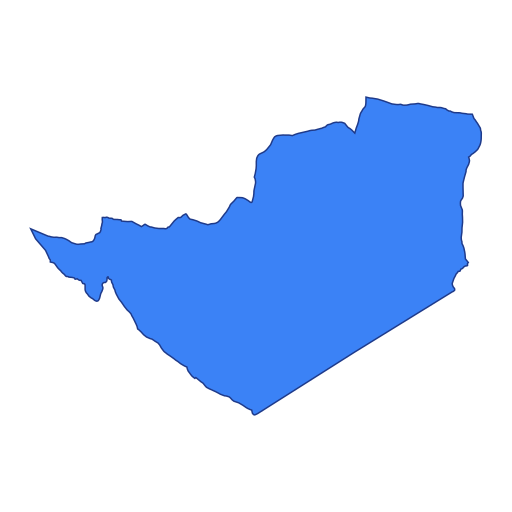 Cuìtiva, Boyacá, Colombia (Natural Earth projection)
{"feature_id": "7082276B99852494117570", "entity_name": "Cuìtiva", "entity_type": "district", "adm_level": 2, "iso_a3": "COL", "parent_name": "Colombia", "parent_adm1": "Boyacá", "projection": "natural_earth1", "projection_center": [-72.954, 5.587], "detail": "fine", "context": "isolated", "style": "filled", "palette": "blue", "viewbox_px": 512, "rotation_deg": 0, "n_neighbors": 0, "source": "geoboundaries", "source_scale": "gbopen_adm2", "svg_char_len": 6043}
<svg xmlns="http://www.w3.org/2000/svg" viewBox="0 0 512 512"><path d="M480.3,128.1L479.8,127.2L479.3,126.4L477.4,123.2L476.5,122.0L475.0,119.7L474.0,118.6L472.3,114.2L467.7,114.1L465.9,113.7L462.1,113.3L459.9,112.8L456.1,112.7L454.0,112.6L451.6,111.8L450.4,111.1L448.9,111.0L447.4,110.2L446.7,109.7L445.7,108.8L445.3,108.7L444.1,108.5L441.2,107.6L440.0,107.5L437.4,107.5L435.6,107.1L432.8,106.8L428.1,105.5L423.7,104.5L419.9,103.8L418.9,103.5L417.5,103.5L415.2,103.9L410.5,104.2L408.6,104.7L406.8,105.1L404.0,105.2L403.0,105.1L401.8,104.7L401.0,104.4L400.4,104.3L398.1,104.6L396.2,104.5L391.8,103.9L388.0,102.5L383.8,101.0L377.7,99.1L372.3,98.2L369.8,98.0L366.0,97.1L365.9,103.1L365.6,105.3L365.2,106.6L363.0,109.1L361.8,111.2L360.8,112.8L360.3,113.9L358.9,118.9L358.6,121.1L357.7,124.2L356.2,128.2L354.8,133.1L351.6,129.9L349.7,128.4L348.6,127.8L347.7,127.1L344.7,123.3L342.2,122.4L341.2,122.2L339.6,122.2L338.2,122.5L336.4,122.2L334.6,122.5L333.1,122.9L330.2,124.2L327.9,124.7L327.2,125.1L326.6,125.6L326.1,126.1L325.6,126.8L323.7,127.4L321.4,128.4L320.4,128.5L319.6,128.8L317.6,129.3L314.9,130.1L311.6,130.3L309.9,130.6L307.9,131.2L298.3,133.4L295.2,134.4L292.4,135.6L289.1,135.1L285.0,135.1L283.2,135.0L277.6,135.5L276.2,135.9L274.6,136.9L273.7,138.2L272.6,140.1L270.9,144.1L270.5,144.9L266.7,149.6L264.4,151.6L263.2,152.3L259.8,153.9L258.8,154.6L258.2,155.3L257.7,156.0L256.7,158.2L256.5,159.8L256.3,161.4L256.3,165.9L256.1,168.7L255.2,173.8L254.3,177.1L255.1,178.8L255.5,181.1L255.6,182.2L255.5,183.4L254.6,187.6L254.0,190.5L253.9,191.8L253.9,193.3L253.5,196.6L252.2,201.6L252.0,202.0L251.5,202.4L251.0,202.5L250.0,202.0L248.3,200.7L245.4,198.9L244.3,198.4L243.3,198.0L242.2,197.7L241.1,197.6L237.5,197.5L236.9,197.6L235.9,198.7L233.9,201.1L231.0,203.9L230.2,205.0L229.4,206.9L226.4,211.8L224.4,214.2L220.2,219.8L218.7,221.4L218.1,221.9L217.4,222.4L215.7,223.2L214.2,223.5L211.0,223.8L208.8,224.5L207.8,224.7L207.3,224.6L206.2,224.2L200.5,222.7L197.6,221.3L196.3,220.8L192.8,219.7L190.8,219.3L189.8,219.0L188.3,217.3L186.4,214.2L186.0,214.0L185.7,213.9L183.0,215.3L181.1,217.1L180.7,217.4L179.9,217.6L178.2,217.5L175.8,219.5L174.2,221.0L169.4,226.9L168.1,227.1L167.8,227.3L167.3,228.0L166.8,228.4L166.2,228.6L165.3,228.8L164.7,228.7L164.1,228.5L158.9,228.5L154.8,228.0L151.3,227.0L151.0,227.1L149.5,226.7L147.5,225.7L145.2,224.3L144.9,224.3L144.1,224.7L143.5,225.3L141.4,226.6L139.0,225.2L136.1,223.8L132.0,221.5L131.4,221.4L127.8,221.6L121.5,221.1L121.3,220.5L121.2,220.1L120.9,219.8L119.0,219.7L117.5,219.5L113.6,219.4L112.0,218.3L109.1,218.2L107.7,217.4L106.3,217.2L105.1,217.6L103.5,217.4L102.3,217.5L102.2,219.5L102.4,221.3L102.4,222.4L102.0,223.7L101.7,225.5L100.9,228.5L101.1,228.9L101.1,229.2L100.5,231.3L99.7,232.7L98.1,233.4L97.4,233.9L96.4,234.2L96.0,234.5L95.6,235.0L95.2,235.9L95.0,237.0L94.6,238.5L94.0,239.8L93.1,241.0L92.7,241.4L91.6,241.9L91.0,241.9L88.9,242.4L85.8,243.0L84.5,243.8L80.6,244.0L78.6,244.3L77.6,244.3L76.5,244.2L71.7,242.7L70.6,242.0L69.0,240.8L66.3,239.3L64.5,238.5L61.6,237.6L59.1,237.6L56.7,237.2L53.9,237.3L50.8,236.8L49.8,236.4L48.2,236.2L30.7,228.8L35.6,238.8L45.5,250.3L48.2,256.0L49.2,258.5L50.3,259.9L50.3,262.0L53.0,262.6L54.4,263.3L55.3,264.4L57.7,267.8L59.8,270.0L60.6,270.5L61.2,271.5L62.6,273.0L64.0,274.1L65.0,275.2L65.6,276.0L66.6,276.5L67.3,276.5L68.4,276.7L68.8,277.1L72.0,277.4L73.5,277.7L74.5,278.1L75.1,279.2L76.0,279.1L77.1,278.7L78.7,279.9L79.7,280.3L80.5,280.3L81.1,280.4L82.7,283.4L83.3,283.7L84.0,283.6L84.6,283.9L85.1,285.0L85.1,289.4L85.3,290.6L85.7,291.7L86.5,293.0L87.2,293.7L89.0,296.2L91.3,298.0L92.4,298.5L94.6,300.3L95.5,300.8L96.7,301.2L97.6,301.0L98.3,300.6L98.9,299.7L99.6,298.2L100.7,293.8L100.9,293.3L101.8,291.6L102.8,288.9L102.9,287.7L102.7,286.9L102.2,285.6L102.2,285.1L102.2,284.4L102.5,283.7L103.0,283.1L103.6,282.7L104.0,282.5L105.3,282.5L105.7,282.2L106.5,281.5L106.9,280.4L107.1,277.6L107.3,277.3L107.7,276.9L108.1,276.9L108.2,277.2L108.5,278.2L109.0,278.8L109.4,279.1L110.7,279.6L111.4,280.1L111.6,282.0L111.9,282.7L112.5,283.8L112.9,284.6L113.4,287.1L114.9,290.0L115.3,291.7L116.3,294.1L118.9,299.0L121.4,302.1L124.4,306.5L127.1,309.9L129.2,311.8L130.9,313.7L131.9,315.9L133.2,318.1L136.1,324.1L137.0,326.2L137.4,327.8L137.6,328.8L137.8,329.1L138.1,329.3L138.4,329.4L141.0,331.8L143.6,334.7L146.5,337.0L150.4,338.7L151.4,338.9L152.1,339.2L153.8,340.3L154.7,341.0L158.0,343.0L159.7,345.0L161.3,347.9L163.7,351.1L164.6,352.0L165.1,352.3L167.3,354.1L169.9,355.8L174.1,358.8L175.8,360.2L178.0,361.6L180.5,363.6L183.5,365.4L185.2,366.3L186.9,367.0L187.3,368.9L188.2,371.1L191.4,375.4L191.9,376.0L193.5,377.4L194.9,378.4L195.7,377.6L196.2,377.8L201.0,381.8L202.7,382.9L203.4,383.6L205.2,385.9L206.5,387.3L209.1,388.7L215.7,391.7L218.6,393.2L220.3,394.2L224.5,395.8L225.6,395.9L226.7,396.1L229.2,396.9L230.2,397.7L232.1,399.8L233.9,401.2L238.7,402.8L242.8,405.2L246.1,407.5L247.6,408.4L250.0,409.5L251.7,410.1L252.4,413.2L253.1,414.1L253.8,414.7L254.5,414.9L255.3,414.7L257.6,413.6L354.6,352.1L452.3,291.8L453.3,291.4L454.6,290.3L454.7,289.3L454.5,288.5L453.3,287.0L452.8,286.0L452.4,284.9L452.2,283.6L452.4,282.9L453.9,278.5L455.5,275.5L455.9,274.4L456.6,273.5L457.4,272.7L458.2,271.4L459.2,271.3L459.7,271.2L460.1,271.0L460.8,269.2L462.0,268.7L462.6,268.3L464.2,266.6L465.6,265.9L466.4,265.9L467.0,265.8L467.5,265.5L467.6,265.2L467.4,263.9L467.6,263.4L468.3,262.5L465.4,258.9L465.0,253.9L464.7,251.9L463.9,248.1L463.1,245.8L462.0,243.6L461.9,241.6L461.5,240.4L461.3,239.2L461.2,237.3L461.9,232.2L462.0,227.8L462.6,222.3L462.5,217.2L462.3,214.3L462.4,211.1L462.3,209.9L460.5,205.4L460.4,203.2L460.5,201.6L460.8,200.6L462.5,198.1L463.2,196.0L463.0,187.1L463.0,183.5L463.2,182.2L464.5,176.9L466.0,171.7L466.1,169.9L466.4,169.0L466.8,167.9L468.6,164.4L469.3,162.0L469.5,160.6L469.1,158.6L468.6,157.1L469.9,156.3L471.0,155.1L471.2,154.6L473.0,153.5L475.2,151.8L477.5,149.6L478.0,148.9L479.8,145.4L480.3,144.1L480.6,143.0L481.0,140.9L481.2,138.8L481.3,133.0L481.1,131.6L480.6,130.2L480.5,128.9L480.3,128.1Z" fill="#3b82f6" stroke="#1e3a8a" stroke-width="1.5"/></svg>